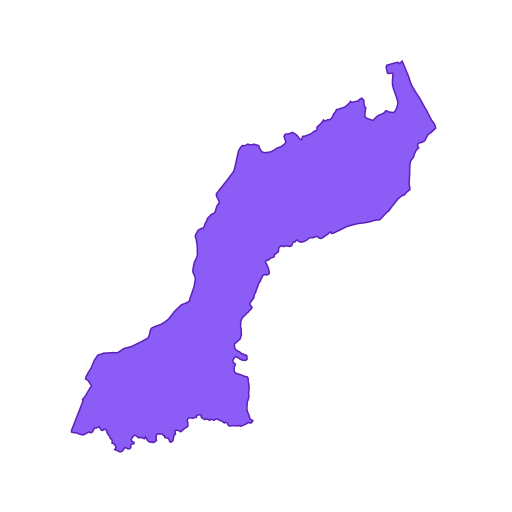 the district of Hamisi, Western, Kenya, rotated 186°
{"feature_id": "3690345B54311955774666", "entity_name": "Hamisi", "entity_type": "district", "adm_level": 2, "iso_a3": "KEN", "parent_name": "Kenya", "parent_adm1": "Western", "projection": "natural_earth1", "projection_center": [34.822, 0.093], "detail": "fine", "context": "isolated", "style": "filled", "palette": "violet", "viewbox_px": 512, "rotation_deg": 186, "n_neighbors": 0, "source": "geoboundaries", "source_scale": "gbopen_adm2", "svg_char_len": 6029}
<svg xmlns="http://www.w3.org/2000/svg" viewBox="0 0 512 512"><g transform="rotate(186 256 256)"><path d="M394.5,143.8L397.4,143.5L398.6,142.6L402.9,141.0L405.9,135.3L408.2,127.5L410.8,122.2L412.3,118.5L412.7,115.9L409.8,114.5L407.2,111.1L406.1,110.0L406.5,108.6L407.4,107.1L410.9,99.2L413.6,95.1L412.9,93.6L421.3,63.0L421.1,61.6L418.7,61.2L416.9,61.4L415.5,61.2L413.9,60.6L409.5,59.9L407.8,60.7L405.2,62.7L403.4,63.6L402.0,62.8L400.3,63.9L399.5,65.6L399.2,67.0L398.3,68.0L397.0,68.2L394.0,69.7L391.7,66.6L390.3,66.5L389.0,67.8L387.6,67.9L386.2,66.6L385.7,64.8L384.7,63.3L382.6,61.2L381.9,59.4L380.4,58.5L379.6,57.1L379.7,55.0L378.1,54.5L376.4,53.2L375.3,51.1L376.3,48.6L373.6,48.0L370.7,46.9L368.4,48.1L367.3,50.3L366.0,52.0L363.5,50.9L361.9,50.9L360.5,52.2L360.8,54.4L359.7,56.1L357.7,56.7L358.0,58.1L359.7,58.6L360.7,59.6L360.8,61.0L359.4,63.7L358.1,65.0L356.6,64.9L354.0,63.0L351.0,63.5L347.9,62.6L347.0,64.5L344.7,61.3L343.3,60.3L341.5,59.7L339.9,60.1L338.6,59.7L337.1,60.7L335.7,62.1L336.2,63.6L336.4,67.5L335.6,68.7L330.5,69.2L329.5,67.9L328.1,67.5L327.8,66.0L324.2,65.4L323.1,64.0L322.5,62.3L320.8,62.0L319.3,63.8L319.0,67.7L318.8,69.0L317.5,70.4L317.9,72.2L318.6,73.6L316.8,74.5L315.2,74.5L312.6,73.3L311.5,74.2L309.7,76.4L306.9,78.6L305.9,79.8L306.4,83.4L307.3,85.1L306.7,87.2L305.0,88.2L301.6,88.0L300.3,88.9L298.6,89.1L298.1,91.3L296.8,91.8L295.1,92.3L293.7,92.1L293.8,90.3L292.6,89.1L290.0,88.0L287.4,88.9L286.2,88.4L285.1,87.6L283.7,88.9L282.4,88.8L280.7,88.1L279.2,89.4L277.6,89.9L274.7,88.6L273.0,88.4L270.0,86.6L268.5,87.6L266.9,86.6L266.2,85.1L264.8,84.1L261.9,84.8L260.0,84.9L258.5,85.2L257.0,84.9L255.3,85.7L253.4,85.0L247.5,88.4L246.4,89.6L244.1,89.2L242.7,90.1L241.9,91.8L243.0,92.5L244.7,93.1L246.1,96.1L246.6,97.7L247.9,99.5L249.2,103.4L249.2,107.1L249.5,108.5L249.3,110.5L248.7,112.5L248.4,114.3L248.5,116.4L248.9,118.5L249.1,124.6L249.3,126.1L250.7,131.0L250.9,133.2L252.1,134.9L254.1,135.0L258.0,136.1L262.9,137.1L264.7,137.7L265.7,139.7L266.0,142.0L265.9,143.8L265.1,145.6L265.9,147.0L267.3,147.6L268.3,148.8L267.4,151.7L266.5,152.8L265.3,153.7L264.0,153.3L260.8,151.6L258.0,150.9L255.2,151.2L254.1,152.3L254.7,155.9L255.9,156.7L257.1,156.0L258.2,157.2L259.9,157.3L262.4,159.0L263.8,159.3L266.4,160.8L267.4,162.0L268.4,166.1L263.2,171.6L262.3,176.0L263.0,181.5L263.6,183.0L264.1,184.9L264.2,189.8L263.8,191.4L263.0,193.2L262.2,194.5L260.9,195.7L259.7,197.5L257.9,199.3L256.8,201.2L255.4,202.5L254.5,204.3L255.5,205.7L256.6,206.6L257.2,207.9L256.4,209.7L253.8,214.2L253.6,217.8L252.6,219.5L252.3,221.6L250.9,226.7L250.6,228.9L249.6,230.5L249.0,231.8L248.6,233.4L247.1,237.3L245.6,238.5L244.0,238.2L242.4,238.6L241.2,239.6L241.0,241.1L242.9,246.2L246.0,251.0L245.2,252.8L242.9,253.4L241.4,255.4L239.6,256.1L237.9,257.1L237.9,259.0L234.2,262.6L234.2,266.3L233.3,267.7L231.8,268.8L229.9,268.2L226.6,269.4L223.8,268.9L221.8,269.7L220.3,273.9L218.2,274.3L217.9,275.8L216.7,276.3L215.1,275.0L212.9,274.5L211.5,274.7L207.6,276.8L204.9,279.4L203.6,280.0L201.2,280.1L198.1,281.8L196.6,281.5L194.7,280.3L193.0,280.2L190.9,281.8L186.6,285.5L185.4,287.1L184.1,287.8L183.4,286.3L181.4,286.8L178.0,289.0L176.6,289.7L169.4,294.4L167.1,295.5L158.7,298.7L150.7,300.6L145.1,302.4L143.0,303.5L140.4,304.1L139.0,304.7L137.2,304.7L135.5,306.4L131.2,312.2L128.5,314.9L125.6,320.1L124.1,322.2L123.1,324.0L120.7,327.6L119.1,329.4L116.8,331.4L115.0,332.1L112.7,335.4L110.0,337.9L110.1,339.9L111.0,342.8L111.3,344.6L111.7,353.2L112.3,359.3L112.5,363.5L112.3,365.5L111.7,367.6L109.7,370.8L109.0,374.5L107.6,378.2L106.1,379.6L105.5,380.8L106.5,381.7L106.9,383.0L106.5,384.6L105.2,385.7L103.5,386.1L102.1,386.8L100.6,387.9L99.5,389.9L98.3,393.4L97.4,394.8L94.8,397.1L90.7,401.8L91.1,403.4L92.5,406.1L95.7,409.6L100.4,416.7L101.2,418.2L104.2,422.1L109.4,429.6L114.6,436.0L118.5,441.2L120.3,444.3L123.0,450.5L131.0,465.1L133.4,462.3L135.0,463.5L138.1,462.5L145.9,459.4L146.3,457.3L144.3,451.5L142.3,451.4L140.4,452.1L138.9,451.9L138.6,444.2L138.1,440.3L136.7,436.6L133.1,429.1L131.5,425.2L130.9,422.9L131.0,421.0L131.6,417.8L132.0,416.2L133.2,414.1L134.2,413.0L137.7,413.1L139.1,413.2L140.2,413.7L142.3,414.0L143.1,412.1L146.1,410.0L147.3,409.6L149.3,408.3L151.7,405.9L153.5,403.2L155.0,403.3L160.2,404.5L162.0,405.7L162.4,407.4L162.6,409.6L162.3,414.9L163.7,416.1L164.3,417.8L165.0,422.0L167.3,424.1L169.8,422.3L170.3,420.8L172.0,420.6L174.4,419.5L177.2,418.9L178.2,419.7L178.9,418.1L181.8,414.8L183.2,413.5L185.7,412.2L188.3,411.3L189.6,410.2L191.3,410.2L191.7,408.4L193.6,405.3L194.9,401.6L196.0,400.0L197.6,399.2L199.0,399.0L201.8,397.2L203.0,398.4L205.1,394.9L206.0,393.6L207.5,392.2L208.9,390.2L208.4,388.3L209.1,387.1L211.0,386.2L214.5,382.9L216.1,382.3L217.4,381.4L219.1,380.8L220.3,380.1L222.1,379.9L222.7,376.5L224.1,376.6L225.7,378.0L227.4,379.9L229.2,381.1L232.3,382.7L233.8,382.3L235.2,381.3L236.7,380.7L238.8,380.5L239.9,379.8L240.6,377.9L239.4,374.8L238.3,373.1L238.5,371.5L239.6,370.1L241.5,368.2L242.8,367.3L246.7,365.3L249.5,362.9L251.7,361.4L253.5,360.7L257.1,359.9L258.6,359.7L260.5,360.0L261.7,361.0L263.4,363.1L264.1,364.4L264.6,365.8L266.6,366.5L269.9,367.0L271.4,366.2L273.2,365.8L274.8,366.3L276.2,366.3L277.9,364.8L281.4,364.3L283.7,360.5L284.4,358.6L286.1,343.4L286.9,338.1L292.3,329.0L301.9,313.8L301.7,312.0L301.0,310.5L300.2,309.5L298.6,306.8L298.1,305.0L299.2,303.4L300.2,301.2L301.3,295.5L302.4,294.0L305.0,292.5L305.9,291.1L308.2,288.4L308.3,287.0L310.2,282.3L310.6,279.9L311.3,278.2L312.8,278.0L314.2,276.9L315.5,276.3L316.5,275.1L318.1,271.3L318.5,269.0L317.4,266.9L315.9,261.7L315.1,257.0L315.0,255.2L314.5,252.1L314.5,249.8L315.2,247.1L316.6,243.6L317.0,240.8L317.3,235.6L317.1,233.4L314.8,229.5L314.1,227.6L313.8,225.4L314.2,223.8L314.3,219.7L316.7,208.9L317.2,207.4L317.4,205.2L317.9,204.0L319.8,202.4L325.2,199.6L331.4,192.2L336.3,184.2L339.3,181.2L343.4,178.0L347.7,176.0L350.5,174.5L352.3,173.3L353.2,171.5L353.8,166.7L354.2,164.7L354.7,163.3L360.7,159.0L370.3,153.0L377.8,150.1L383.3,145.5L385.2,145.1L388.2,145.0L394.5,143.8Z" fill="#8b5cf6" stroke="#5b21b6" stroke-width="1.5"/></g></svg>